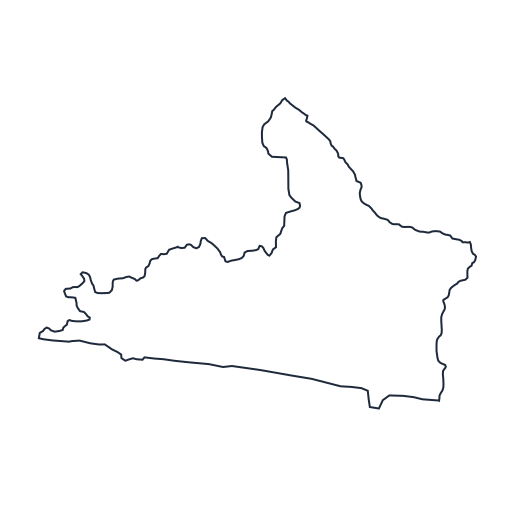 Hadera, Haifa, Israel, rotated 268°
{"feature_id": "584046B72217003232480", "entity_name": "Hadera", "entity_type": "district", "adm_level": 2, "iso_a3": "ISR", "parent_name": "Israel", "parent_adm1": "Haifa", "projection": "orthographic", "projection_center": [35.034, 32.575], "detail": "fine", "context": "isolated", "style": "outline", "palette": "slate", "viewbox_px": 512, "rotation_deg": 268, "n_neighbors": 0, "source": "geoboundaries", "source_scale": "gbopen_adm2", "svg_char_len": 4938}
<svg xmlns="http://www.w3.org/2000/svg" viewBox="0 0 512 512"><g transform="rotate(268 256 256)"><path d="M262.5,470.2L262.0,468.3L262.5,465.4L262.5,462.9L263.8,462.1L265.1,459.7L265.8,456.5L266.6,452.9L269.7,450.8L270.3,448.7L270.7,446.3L272.1,443.2L274.0,440.7L274.6,436.7L274.4,432.9L273.3,429.5L273.7,427.0L274.3,424.4L274.7,420.4L276.1,417.0L277.0,415.4L279.1,413.1L279.8,410.3L279.8,409.2L279.8,405.6L280.1,403.1L281.6,401.0L282.5,400.4L282.8,398.7L282.9,397.2L282.9,395.3L283.2,393.4L284.0,392.3L285.2,390.6L287.0,389.4L287.7,388.4L288.1,387.3L288.8,385.1L289.1,384.1L289.2,383.2L289.9,381.4L291.1,379.8L292.4,378.3L295.2,376.3L297.9,374.0L299.4,373.1L301.2,371.4L301.7,371.0L302.5,369.9L303.0,368.6L304.6,366.1L305.0,365.5L306.3,364.1L307.5,363.2L309.8,362.4L312.9,362.0L315.3,361.9L318.5,362.7L321.3,364.0L323.5,363.8L325.6,363.1L326.8,360.4L327.5,359.0L329.8,358.6L331.8,358.0L333.7,357.8L335.5,356.9L337.4,355.9L339.0,354.4L340.3,353.3L342.1,351.8L344.1,350.9L346.7,348.6L348.0,348.1L349.7,347.3L350.8,346.4L351.2,343.9L351.3,342.8L352.8,341.7L355.0,341.7L356.2,341.3L358.6,340.1L360.4,338.3L362.7,336.8L363.2,335.8L364.6,335.0L366.2,334.5L368.2,334.2L369.9,333.0L373.5,329.4L379.2,323.4L384.5,318.0L386.3,314.9L388.0,312.6L388.5,311.2L389.4,310.8L392.2,311.8L394.5,312.3L395.0,310.8L396.6,308.9L398.1,306.8L400.5,304.2L402.9,300.5L404.6,298.5L407.2,295.4L409.2,293.8L410.1,292.4L412.7,290.5L410.8,287.6L407.8,285.7L406.1,283.6L404.3,281.2L401.5,278.9L400.2,277.3L397.1,276.6L393.8,275.6L391.7,274.1L390.0,272.7L387.3,268.8L384.6,267.1L379.4,266.2L373.9,266.1L368.9,266.3L365.6,267.6L363.5,270.3L360.2,271.7L357.9,271.9L354.6,275.4L353.8,285.0L353.4,289.4L351.4,290.2L348.1,290.3L340.4,291.2L321.9,290.7L315.7,291.5L313.1,293.3L310.8,295.5L309.0,297.3L307.4,301.3L304.6,301.8L302.8,301.2L301.5,299.5L300.3,296.3L299.2,291.6L298.0,287.4L294.6,285.9L285.2,285.2L283.0,283.3L279.9,282.0L277.3,281.1L275.5,278.8L274.0,277.0L270.2,276.4L266.8,276.3L264.1,276.3L261.9,273.1L258.3,271.6L255.9,269.4L256.7,267.8L259.1,266.0L260.9,264.8L263.8,263.6L265.5,262.1L266.0,260.0L262.8,258.5L261.9,256.3L261.4,252.5L261.3,247.8L259.9,244.8L256.5,243.7L254.5,241.7L253.4,238.8L252.6,234.1L252.3,231.4L251.0,227.3L251.8,225.3L254.5,224.5L256.1,224.1L256.7,222.2L258.9,220.9L260.9,220.4L264.7,217.8L266.3,216.3L268.9,213.7L270.8,211.5L272.6,208.5L275.7,205.8L275.7,202.5L273.1,201.4L269.9,200.8L267.0,199.3L265.8,196.7L267.0,193.7L269.3,191.5L270.0,189.9L269.7,187.3L266.8,185.1L266.5,181.8L267.7,177.7L267.8,177.7L267.3,176.5L266.4,173.0L265.3,169.4L261.3,166.8L261.0,163.9L261.4,161.2L259.7,159.4L257.2,157.6L257.0,154.8L256.5,151.9L255.0,150.2L252.8,149.6L249.8,148.2L248.2,145.7L246.7,144.9L243.2,144.7L239.7,143.9L238.3,142.1L237.8,139.9L235.8,137.3L235.5,135.7L237.2,134.1L238.7,130.8L239.9,128.7L239.6,125.8L238.4,122.2L238.2,117.1L237.4,113.1L235.8,112.1L233.7,111.8L230.5,111.7L227.0,110.8L224.5,108.3L224.2,106.2L224.2,100.6L224.5,96.4L225.6,94.0L228.4,93.3L232.2,92.5L234.1,91.2L237.8,90.0L240.9,89.4L243.2,88.2L244.8,85.9L245.8,82.1L244.0,80.2L242.5,81.4L239.3,83.4L236.9,83.6L235.0,81.9L232.1,78.4L231.2,76.6L231.3,72.0L230.0,69.4L229.8,64.7L227.7,63.0L226.1,63.4L222.3,64.8L221.4,66.8L221.1,70.8L220.5,74.0L215.3,75.0L212.7,75.0L210.5,75.9L207.0,78.2L206.1,82.0L203.9,84.1L201.6,85.6L200.3,87.7L198.3,87.4L197.4,84.5L196.8,79.4L197.0,73.8L197.6,69.6L198.5,67.2L197.5,65.5L195.6,65.0L194.0,64.6L192.6,62.7L191.2,61.0L188.8,60.2L187.9,56.8L187.4,52.0L189.0,48.3L190.7,46.8L191.8,44.3L190.4,42.0L188.4,40.5L187.3,38.3L186.6,37.2L181.4,36.1L180.1,41.3L178.7,49.8L176.9,66.1L177.4,69.2L177.6,76.8L174.5,87.5L173.1,95.7L172.9,101.8L167.8,108.7L164.8,114.3L162.2,117.8L158.6,118.0L155.9,121.8L157.0,125.2L158.1,129.4L157.0,133.0L156.3,139.0L158.6,141.0L157.0,151.3L156.1,159.8L154.1,171.0L152.0,185.9L149.6,205.1L146.2,219.2L146.9,228.1L141.9,256.3L135.4,286.9L131.3,307.3L122.8,336.1L121.9,346.2L120.3,356.7L117.4,363.0L109.1,363.6L101.1,364.5L99.3,373.5L107.5,377.7L112.0,384.4L111.1,398.1L109.5,408.4L107.0,417.3L105.2,433.5L105.0,433.9L107.9,434.4L110.1,434.5L112.8,436.0L115.0,437.6L117.9,438.6L121.6,438.9L124.2,438.9L126.9,438.9L129.8,438.7L131.2,438.6L133.3,438.8L134.7,439.0L136.6,440.4L137.6,441.3L138.7,441.8L140.5,441.3L141.7,438.6L142.8,436.5L145.0,434.5L148.0,433.8L154.8,433.1L160.9,433.3L164.1,433.6L166.4,434.2L169.1,436.2L170.3,437.8L172.4,438.8L175.6,439.1L179.7,439.0L184.7,438.9L188.3,439.0L191.3,439.9L194.2,441.5L195.7,442.5L198.0,443.1L199.8,442.9L201.6,442.5L204.4,441.5L205.4,441.6L206.1,442.6L207.0,444.2L208.1,446.1L210.1,447.3L212.1,447.7L215.5,448.4L217.5,450.0L219.1,452.2L220.0,453.5L221.5,456.2L223.0,457.3L224.1,459.5L224.6,462.3L225.0,464.4L226.9,466.6L230.2,466.6L233.5,466.7L236.0,467.3L237.8,469.3L238.7,471.0L240.7,471.7L241.5,472.0L242.0,473.4L244.1,474.9L247.8,475.9L249.6,474.7L250.6,473.0L253.2,471.7L256.4,471.3L260.0,471.1L262.5,470.2Z" fill="none" stroke="#1e293b" stroke-width="2"/></g></svg>